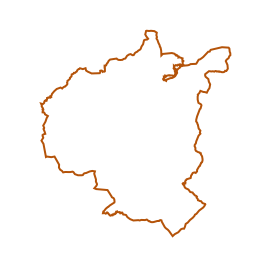 Ajumako-enyan-essiam, Central, Ghana (Mercator projection), rotated 99°
{"feature_id": "2480657B3117094904377", "entity_name": "Ajumako-enyan-essiam", "entity_type": "district", "adm_level": 2, "iso_a3": "GHA", "parent_name": "Ghana", "parent_adm1": "Central", "projection": "mercator", "projection_center": [-1.0, 5.413], "detail": "fine", "context": "isolated", "style": "outline", "palette": "amber", "viewbox_px": 256, "rotation_deg": 99, "n_neighbors": 0, "source": "geoboundaries", "source_scale": "gbopen_adm2", "svg_char_len": 5656}
<svg xmlns="http://www.w3.org/2000/svg" viewBox="0 0 256 256"><g transform="rotate(99 128 128)"><path d="M117.5,217.7L119.3,216.6L120.2,216.6L122.0,215.0L122.8,215.3L123.3,214.6L123.7,215.0L124.4,214.7L125.1,214.9L125.9,214.8L125.8,213.4L126.6,212.5L127.5,212.1L128.7,209.0L131.0,209.9L134.6,210.5L138.9,212.1L141.0,210.8L141.7,210.9L142.2,211.3L144.8,209.7L146.7,208.8L147.5,210.5L148.4,211.3L149.7,210.9L150.4,210.3L151.0,210.2L154.0,211.5L156.9,209.0L169.5,204.5L168.9,203.6L168.8,199.2L167.7,196.1L175.0,190.3L177.9,190.0L179.7,188.6L180.7,186.5L182.0,185.1L181.3,183.3L180.6,178.3L179.8,175.9L180.1,175.0L181.9,173.2L182.5,170.0L182.0,166.6L181.6,165.3L180.0,164.5L179.4,163.6L179.0,162.3L176.9,159.0L176.0,156.6L176.0,153.9L178.5,154.2L183.8,151.6L186.0,151.3L188.1,149.9L188.6,149.8L189.9,150.1L192.8,151.8L193.3,149.9L192.5,138.5L198.1,133.6L198.9,133.1L199.5,131.3L200.6,130.4L202.7,129.8L203.7,129.8L207.5,134.0L209.0,135.1L209.1,135.5L211.2,137.3L213.8,138.7L214.3,139.3L216.1,139.4L215.7,137.6L216.1,136.6L215.6,135.9L214.8,135.5L215.1,135.2L215.0,134.6L216.1,133.6L216.3,132.9L217.1,132.5L217.3,131.3L216.0,130.0L216.4,129.5L215.8,129.3L215.8,128.7L215.2,128.4L215.4,128.0L214.9,127.1L214.0,127.1L213.8,126.4L213.5,126.3L212.5,126.6L212.1,125.7L212.6,125.5L212.7,124.4L212.4,123.4L213.3,122.5L212.9,122.3L213.0,121.8L212.7,121.8L212.8,121.4L212.6,121.0L212.8,120.6L212.6,120.3L214.2,119.2L214.1,117.7L214.3,116.2L215.9,114.9L216.6,113.8L217.7,111.6L218.5,108.2L217.4,103.4L217.5,102.0L216.7,100.5L216.3,96.8L215.5,95.1L216.8,92.8L216.6,92.1L217.2,91.3L217.3,89.7L216.9,88.0L215.3,84.6L215.0,82.8L214.4,82.5L213.9,81.6L213.9,81.0L214.0,80.5L215.1,80.1L220.1,76.2L221.2,74.8L222.2,72.8L223.4,71.3L227.8,67.0L225.5,65.2L223.1,62.0L219.8,59.9L218.9,58.5L218.7,56.9L216.7,56.3L213.7,56.0L212.1,54.2L209.2,52.4L206.4,49.9L204.3,48.6L203.1,48.3L202.1,47.0L198.4,44.8L194.8,41.3L193.3,40.4L191.3,39.7L191.0,39.9L190.5,42.7L188.9,44.3L188.9,45.6L188.6,46.3L188.4,47.6L187.1,48.1L186.0,49.4L185.5,49.5L185.0,49.2L184.8,49.4L184.3,50.3L184.2,51.1L183.4,52.3L183.1,52.4L182.7,53.2L181.6,54.1L181.5,56.5L179.3,58.7L178.4,61.8L177.1,63.1L176.1,63.4L175.2,64.7L174.5,65.3L173.7,64.8L174.1,63.7L173.9,62.7L172.9,62.7L172.2,63.2L170.7,62.9L170.4,62.4L169.5,62.1L167.6,58.3L164.9,58.2L164.1,57.6L162.8,57.3L162.2,56.9L161.5,55.5L161.8,54.1L161.1,53.8L160.2,53.0L158.5,53.2L154.7,51.7L154.0,50.9L152.7,50.9L151.5,50.2L150.8,50.3L150.1,49.5L148.5,49.3L147.1,49.5L144.4,50.4L142.5,52.0L141.6,52.1L141.5,53.0L141.0,53.4L140.9,54.8L140.0,57.3L138.9,58.1L137.1,58.3L135.5,59.4L134.1,59.4L132.6,58.6L130.5,58.5L124.5,57.1L122.3,55.6L121.3,56.3L119.3,56.1L117.5,58.1L113.6,59.6L113.0,60.2L112.0,60.5L110.9,61.7L109.1,61.9L105.8,61.6L98.1,60.0L97.5,59.4L94.2,59.0L93.7,59.2L93.2,59.7L92.1,62.4L89.1,63.6L86.2,64.1L84.8,64.0L84.1,64.3L82.3,63.0L80.0,62.3L80.6,59.3L80.5,57.5L80.8,55.7L77.7,54.7L75.9,53.8L72.0,53.7L69.6,55.4L67.1,56.3L65.3,59.3L64.2,60.0L62.8,60.2L59.2,56.9L59.1,54.3L58.7,53.1L58.8,51.5L58.1,50.7L58.1,49.0L58.3,48.9L57.9,47.3L58.2,47.1L58.2,46.5L57.9,46.2L58.2,43.8L58.0,42.7L57.4,41.5L56.3,41.0L56.3,39.8L54.9,39.1L53.8,38.7L50.2,39.6L46.6,41.9L45.1,41.3L43.3,39.6L41.3,39.2L40.1,38.3L38.0,38.7L36.7,39.5L33.7,40.3L32.9,41.2L33.5,47.8L37.9,58.6L39.8,59.3L40.1,60.7L46.1,64.8L47.7,66.3L48.9,67.6L49.5,68.9L53.6,70.5L54.0,70.9L55.1,76.2L56.1,77.4L56.7,78.7L57.9,83.4L58.4,84.3L58.5,85.3L60.5,86.4L61.3,87.5L63.2,88.6L63.8,88.8L65.9,88.1L69.4,89.5L70.5,90.6L71.7,92.3L72.1,93.9L74.3,97.6L75.5,97.7L75.0,99.1L75.2,100.1L74.5,100.8L74.3,100.9L73.9,100.1L73.4,100.6L72.6,100.4L71.7,100.6L72.0,99.3L71.7,99.1L70.4,99.5L70.4,99.0L70.9,98.2L70.4,97.9L69.6,96.3L69.7,95.3L69.3,94.9L69.5,94.2L69.2,92.5L69.7,90.8L69.3,90.8L68.3,90.1L66.4,89.7L64.9,90.5L64.2,89.7L63.8,89.8L63.4,90.7L62.6,90.0L62.1,90.2L62.0,90.7L62.4,91.8L61.9,92.3L61.0,92.1L59.4,92.4L59.9,91.7L59.0,91.4L58.3,90.5L58.7,89.2L57.6,88.4L57.6,87.6L57.9,87.3L57.4,87.3L56.9,86.6L57.1,86.1L58.0,85.1L57.8,84.9L57.3,85.2L57.0,84.3L57.1,84.0L56.8,83.4L56.6,83.8L55.2,84.2L54.4,84.3L53.5,83.9L53.3,84.5L52.8,84.2L52.3,85.0L51.6,85.2L50.7,85.0L50.1,88.1L50.5,89.2L49.4,89.2L49.2,90.2L48.6,90.7L49.0,91.7L48.8,92.0L48.2,92.1L48.2,92.8L47.4,93.6L47.1,96.4L49.4,105.2L51.1,106.4L46.5,107.3L43.8,108.3L43.1,108.7L42.8,109.2L41.3,109.7L39.1,111.3L36.6,112.6L35.3,113.8L34.7,113.9L33.7,113.6L31.9,114.5L29.3,114.5L28.2,117.1L28.4,120.5L28.9,122.4L29.0,124.7L29.3,125.3L32.9,125.6L34.6,124.3L36.7,122.1L37.6,122.9L38.2,125.0L38.9,125.9L42.9,126.2L45.4,127.4L47.7,127.8L48.6,128.3L50.1,130.1L51.1,130.7L51.8,131.8L52.9,132.9L55.1,133.8L55.4,135.0L54.6,136.9L55.2,138.4L56.8,140.2L59.8,141.5L60.5,143.2L61.5,144.1L62.0,146.0L62.2,147.9L61.9,149.1L61.2,150.1L63.2,156.4L64.7,157.6L66.8,158.3L67.5,158.9L69.5,159.4L69.6,160.0L70.3,160.4L70.2,160.9L70.6,160.9L71.0,160.4L71.6,160.3L72.3,160.6L72.9,160.1L75.6,159.7L76.0,160.0L76.0,161.2L76.5,161.7L75.5,162.6L75.4,163.5L75.8,164.4L77.1,164.1L78.3,164.5L79.8,172.4L78.6,176.7L77.8,178.4L75.6,179.3L76.9,181.8L76.5,184.8L77.3,185.3L77.5,186.0L79.0,187.2L80.2,187.4L80.8,188.2L81.7,188.7L82.0,190.1L82.9,190.3L83.9,192.0L85.9,191.9L87.5,193.2L88.2,193.0L88.9,193.3L91.0,195.2L91.9,195.0L92.8,195.3L93.7,194.8L94.2,194.8L95.7,195.6L96.3,196.4L96.9,196.6L97.5,197.8L98.5,198.7L99.3,199.2L98.6,200.9L100.6,204.5L103.2,206.6L106.2,208.4L108.2,208.7L108.6,209.5L109.1,209.1L109.5,209.2L109.7,208.9L110.3,209.6L110.0,210.5L110.4,210.9L110.3,211.5L110.8,211.7L111.0,212.6L112.7,212.5L113.0,212.7L113.2,213.2L113.5,213.0L113.7,213.4L114.0,213.2L114.3,214.5L115.4,214.8L116.3,214.7L117.5,215.6L117.7,216.1L117.5,217.7Z" fill="none" stroke="#b45309" stroke-width="2"/></g></svg>